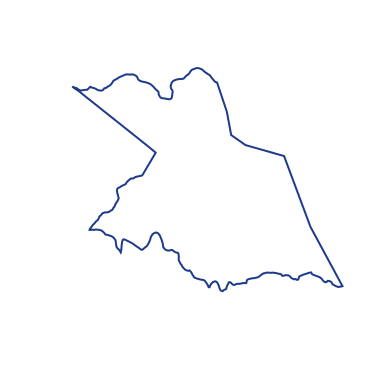 outline of Cacoa, Vieux Fort, Saint Lucia, rotated 160°
{"feature_id": "8701671B96967747537750", "entity_name": "Cacoa", "entity_type": "district", "adm_level": 2, "iso_a3": "LCA", "parent_name": "Saint Lucia", "parent_adm1": "Vieux Fort", "projection": "equal_earth", "projection_center": [-60.937, 13.779], "detail": "fine", "context": "isolated", "style": "outline", "palette": "blue", "viewbox_px": 384, "rotation_deg": 160, "n_neighbors": 0, "source": "geoboundaries", "source_scale": "gbopen_adm2", "svg_char_len": 5946}
<svg xmlns="http://www.w3.org/2000/svg" viewBox="0 0 384 384"><g transform="rotate(160 192 192)"><path d="M82.8,52.0L92.6,118.7L93.2,194.3L125.7,217.8L135.7,232.1L131.8,255.6L131.0,286.4L131.4,286.6L132.2,287.2L132.6,287.7L133.0,288.6L133.8,290.7L134.0,291.4L134.3,292.1L134.8,294.0L135.2,295.3L135.6,296.0L136.8,297.4L137.5,298.5L138.2,299.4L139.1,300.8L140.2,302.9L140.7,303.7L141.1,304.2L141.6,304.6L142.7,305.6L143.0,305.8L144.0,306.4L144.5,306.6L145.2,306.8L146.6,307.0L147.4,306.8L148.7,306.9L149.3,307.0L150.0,306.9L150.6,306.8L151.6,306.2L152.5,305.7L153.7,304.6L155.1,303.8L157.0,303.4L157.4,303.3L158.1,303.0L158.6,302.7L159.8,302.1L160.0,301.9L160.9,301.5L161.5,301.5L162.6,301.6L163.9,302.1L164.6,302.2L165.3,302.5L165.8,302.6L167.7,302.9L169.1,303.0L170.0,302.9L170.7,302.9L171.5,302.8L172.1,302.6L172.7,302.3L173.2,301.9L173.7,301.5L174.2,301.1L175.2,299.8L175.5,299.3L175.9,298.7L176.0,298.2L176.2,296.8L176.2,296.1L175.9,294.9L175.7,294.1L175.7,293.6L175.8,293.1L176.1,292.4L178.4,288.2L178.9,287.4L179.2,287.1L179.6,286.9L179.9,286.8L180.9,286.8L181.3,286.8L181.6,286.9L182.0,287.1L182.5,287.4L183.3,287.8L183.8,288.0L185.2,289.0L187.2,289.9L187.7,290.2L188.7,290.9L189.1,291.4L189.4,291.9L189.5,292.4L189.9,294.8L189.9,295.3L189.7,296.0L189.5,296.3L189.4,297.0L189.3,297.5L189.5,298.1L189.9,298.9L190.6,300.3L191.1,301.1L191.4,301.9L192.0,303.5L192.4,304.4L192.8,305.1L193.2,306.0L193.5,306.6L194.8,308.3L195.2,308.7L195.9,309.2L196.9,310.1L197.7,310.7L200.5,312.5L201.5,313.1L202.1,313.6L202.5,314.0L203.7,315.3L203.9,315.7L204.1,316.8L204.2,318.4L204.3,319.1L204.5,319.7L204.8,320.2L205.6,321.1L206.1,321.7L206.6,322.1L207.1,322.6L207.6,322.8L208.0,322.8L208.3,322.9L208.8,323.1L209.4,323.5L210.1,323.6L210.8,323.8L211.3,324.1L211.8,324.4L212.3,324.5L213.0,324.7L213.4,325.0L214.2,325.1L215.2,325.1L216.2,324.9L217.7,325.0L218.5,324.8L219.4,324.8L220.9,324.7L221.8,324.6L222.7,324.3L224.7,323.9L225.5,323.8L226.9,323.6L227.8,323.4L228.4,322.9L229.1,322.2L229.7,321.9L230.1,321.6L231.3,320.9L231.8,320.6L232.4,320.4L233.3,320.1L235.8,319.7L236.5,319.3L237.6,319.3L238.9,319.5L239.4,319.1L240.5,318.4L241.1,318.2L241.6,318.2L242.4,318.3L243.1,318.5L243.6,318.8L244.9,319.4L245.4,319.8L247.3,322.0L248.3,323.0L250.3,324.3L251.6,325.7L252.9,325.1L255.4,323.9L256.4,324.3L262.2,325.5L264.3,328.0L265.0,329.2L265.8,329.6L268.5,332.0L266.5,329.0L263.5,325.0L261.7,321.9L260.6,320.1L254.6,310.3L217.2,249.2L212.7,241.4L214.8,239.6L233.1,224.6L234.3,224.7L236.5,225.0L240.0,225.5L242.4,224.8L244.9,225.6L246.6,225.0L249.7,223.7L251.7,222.1L256.1,221.7L258.0,221.2L260.2,221.0L261.2,220.5L262.0,219.1L262.6,216.3L262.6,215.5L263.0,211.2L263.7,210.4L265.2,208.9L266.8,207.7L267.4,207.5L268.6,206.1L270.2,204.5L271.1,204.2L271.7,203.4L273.4,202.4L274.8,202.3L275.9,201.8L278.2,201.8L279.3,202.0L280.0,202.4L280.8,202.6L283.5,202.6L285.9,201.1L287.1,200.8L288.0,200.0L288.6,199.2L289.6,198.3L291.5,197.3L292.8,197.0L293.5,196.4L294.5,195.8L296.5,194.9L297.2,194.5L300.1,192.4L300.8,192.1L301.2,191.4L298.9,190.8L297.2,189.9L295.3,189.7L292.2,188.2L290.0,186.5L288.5,183.7L288.0,181.8L285.6,180.2L283.6,178.7L282.6,177.8L281.6,176.5L280.7,174.3L280.4,172.5L280.6,171.5L281.6,167.4L281.6,165.5L280.8,163.7L280.0,162.1L279.6,159.6L278.9,160.5L277.6,163.2L275.9,166.9L274.4,169.5L273.2,170.8L272.6,170.8L271.7,170.6L268.3,167.1L265.9,164.5L262.7,159.8L261.3,158.0L259.7,155.4L258.4,154.7L256.6,155.4L255.3,155.9L253.0,156.5L250.2,158.8L247.5,161.6L246.4,163.4L245.4,164.4L243.3,165.9L240.9,166.4L239.4,166.1L238.1,165.0L237.6,163.9L237.1,162.0L236.9,157.5L237.1,153.8L237.6,151.3L237.9,150.1L237.2,147.8L235.9,146.0L234.2,145.0L232.7,144.7L230.8,144.5L230.2,144.0L228.8,141.7L227.7,140.7L226.7,140.0L225.9,139.3L225.9,138.3L226.4,136.0L227.8,132.6L227.3,128.4L226.8,127.2L226.5,124.9L226.1,123.7L225.1,121.5L223.9,120.2L222.5,119.2L221.2,119.2L220.6,118.0L220.4,117.3L220.2,116.8L219.9,114.8L219.8,114.0L219.6,113.3L219.4,112.5L219.4,112.2L219.3,111.6L218.9,110.8L218.5,110.4L217.6,109.5L217.2,109.2L216.6,108.7L215.4,107.9L214.5,107.2L213.4,106.5L211.8,105.7L211.3,105.4L210.9,104.9L210.5,104.4L210.1,103.7L209.1,99.6L209.0,98.7L209.0,97.3L208.9,96.9L208.6,96.6L208.3,96.5L207.7,96.8L207.4,97.3L207.2,97.6L206.1,98.6L204.9,99.4L204.3,99.7L203.5,100.0L202.7,100.2L202.3,100.2L201.9,100.1L201.7,100.1L201.3,100.2L200.8,100.2L200.3,99.8L200.0,99.5L199.7,99.2L199.5,98.7L199.2,98.0L199.1,97.0L198.9,96.2L198.9,95.5L199.0,94.0L199.0,93.0L199.0,92.2L199.0,91.0L198.9,90.4L198.8,90.1L198.4,89.4L198.3,89.1L197.6,88.6L197.2,88.4L196.6,88.5L195.5,89.0L194.7,89.1L193.9,89.0L193.0,89.2L192.9,89.5L192.6,90.0L191.5,91.4L190.9,92.0L190.3,92.7L189.8,93.1L189.1,93.6L188.7,94.1L188.4,94.4L188.1,94.6L187.0,94.1L186.6,93.7L186.3,93.1L186.1,92.5L185.8,91.9L185.5,91.4L185.2,90.9L184.7,90.5L184.1,90.2L183.5,90.1L182.6,90.3L182.0,90.4L180.8,90.2L180.2,89.9L179.6,89.8L179.0,89.5L177.7,89.3L177.1,89.2L176.3,89.0L175.5,89.1L175.0,89.0L174.3,88.7L172.8,88.0L172.3,88.0L171.9,88.1L170.9,89.9L170.4,90.4L170.1,90.5L168.8,90.8L167.5,90.7L166.1,90.4L164.6,90.3L163.2,89.8L162.5,89.7L161.2,89.6L159.6,89.3L158.7,89.5L158.0,89.6L157.3,89.7L156.9,89.9L156.5,90.0L155.0,90.6L153.6,90.9L152.9,90.9L152.4,91.1L151.9,91.0L151.3,90.8L150.7,90.8L150.2,90.8L149.1,90.6L147.3,89.9L146.0,89.3L145.1,88.9L144.5,88.8L143.8,88.6L142.9,88.3L142.4,88.0L140.7,87.0L138.9,85.8L138.4,85.5L138.0,85.3L137.5,85.0L137.1,84.7L136.5,84.2L136.2,83.6L136.0,82.9L135.7,82.3L135.2,82.0L134.6,81.9L134.0,82.0L133.5,82.0L132.9,81.9L132.3,81.8L131.5,81.4L130.5,80.9L129.9,80.6L129.6,80.3L129.1,79.7L128.8,79.2L128.2,77.4L126.0,75.0L124.3,74.8L123.7,73.8L123.0,73.4L122.0,73.5L121.4,74.3L120.4,75.6L119.5,76.1L117.1,76.1L116.4,76.3L112.8,76.1L109.9,76.1L107.6,75.7L107.2,73.6L106.0,72.4L101.6,68.7L100.2,66.9L98.7,62.7L97.2,61.4L95.5,61.7L94.7,62.1L92.9,61.0L91.9,59.6L91.5,57.3L90.0,55.4L88.4,53.8L87.0,52.7L85.4,52.4L83.2,52.0L82.8,52.0Z" fill="none" stroke="#1e3a8a" stroke-width="2"/></g></svg>